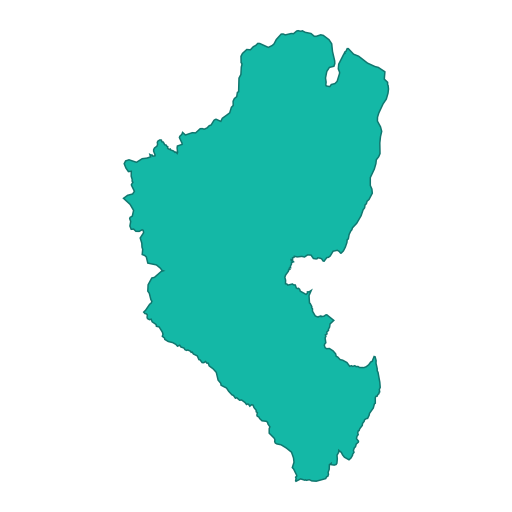 Piedecuesta, Santander, Colombia
{"feature_id": "7082276B40020724861964", "entity_name": "Piedecuesta", "entity_type": "district", "adm_level": 2, "iso_a3": "COL", "parent_name": "Colombia", "parent_adm1": "Santander", "projection": "robinson", "projection_center": [-73.001, 6.951], "detail": "fine", "context": "isolated", "style": "filled", "palette": "teal", "viewbox_px": 512, "rotation_deg": 0, "n_neighbors": 0, "source": "geoboundaries", "source_scale": "gbopen_adm2", "svg_char_len": 6055}
<svg xmlns="http://www.w3.org/2000/svg" viewBox="0 0 512 512"><path d="M296.1,478.5L295.6,480.8L296.0,481.3L300.6,478.9L304.9,480.2L305.5,479.8L306.4,480.3L309.3,479.7L311.8,480.9L316.3,481.2L325.7,478.6L326.6,476.8L327.8,476.3L328.5,474.3L328.1,472.4L329.2,469.3L329.4,464.6L331.1,463.4L330.9,464.6L334.2,465.1L336.1,464.5L336.9,463.2L337.3,458.9L337.0,455.2L338.7,452.3L338.8,450.3L341.4,452.5L342.5,454.8L344.4,457.2L349.0,459.8L350.9,458.1L352.5,455.4L352.6,454.3L354.0,452.3L353.4,450.5L354.3,447.9L355.5,446.7L356.2,444.1L358.3,442.2L358.5,441.2L356.5,438.7L356.9,436.4L358.2,434.6L357.7,432.9L358.3,430.8L359.1,430.6L359.7,428.8L362.3,425.4L362.5,423.5L364.1,421.4L364.6,419.7L366.1,418.7L367.6,418.4L369.1,415.3L369.5,413.4L373.3,408.0L374.4,403.9L375.3,403.2L375.3,397.6L376.0,396.3L377.1,396.2L377.8,394.5L378.9,393.7L379.1,392.2L379.7,391.9L379.3,389.5L380.2,387.4L379.8,382.2L378.0,372.3L377.2,370.8L377.2,368.7L376.0,363.2L376.1,360.5L375.1,356.8L374.1,356.5L372.2,361.3L370.7,362.0L368.7,364.8L366.1,366.8L363.9,367.6L359.5,367.5L358.0,366.5L356.0,366.6L354.8,365.7L352.7,366.4L351.4,365.7L349.7,366.3L346.9,362.5L342.7,360.2L340.1,359.6L337.7,357.0L336.2,356.3L335.6,353.8L333.1,350.9L329.4,348.5L326.6,348.7L325.1,347.7L324.3,345.3L324.9,343.6L325.8,342.8L325.1,337.9L325.9,336.3L325.4,334.9L327.0,333.9L326.7,332.1L328.5,330.4L328.4,329.3L329.6,327.1L330.0,324.0L333.8,320.4L326.8,314.8L325.6,315.0L324.1,316.2L321.5,316.6L320.9,315.9L320.3,316.5L319.3,316.3L318.1,317.1L315.3,316.0L312.5,311.2L312.5,308.8L311.6,307.5L311.8,306.6L310.2,303.5L309.5,303.0L309.0,295.6L311.2,290.5L309.2,291.8L307.4,291.9L307.4,293.3L306.0,294.4L300.2,291.1L299.7,289.4L298.5,288.3L297.6,288.6L296.3,288.0L295.3,285.0L293.4,284.8L292.5,284.0L287.8,285.1L287.0,284.1L285.5,283.7L285.6,280.2L284.8,277.3L285.7,274.9L288.4,271.2L288.5,270.0L289.7,269.4L289.2,268.9L289.5,267.9L290.6,267.8L290.4,266.2L291.5,264.1L291.5,262.6L293.5,261.8L292.7,261.0L291.3,260.7L291.1,259.6L292.6,259.9L292.5,257.8L294.0,257.4L294.3,256.3L297.3,256.9L301.8,256.4L304.5,257.0L307.6,254.9L311.0,255.1L313.4,258.5L316.0,258.9L317.0,258.8L317.8,257.8L320.2,258.2L321.6,258.8L323.1,261.0L324.1,261.2L326.8,257.6L328.5,257.3L330.2,256.0L333.1,251.2L337.3,250.3L339.1,251.3L340.6,253.1L341.2,253.1L343.4,250.9L345.3,247.2L346.9,242.6L347.2,239.7L348.3,238.9L349.1,234.5L350.7,231.1L351.9,229.7L352.4,227.9L356.7,223.3L361.1,215.7L363.1,209.8L364.6,207.8L365.0,205.0L366.4,203.7L367.0,201.3L369.0,199.5L372.3,193.2L371.9,189.1L370.3,185.5L370.3,177.6L374.3,169.1L375.9,163.6L376.3,159.8L378.7,156.7L380.0,153.6L379.8,142.9L380.5,136.5L381.7,131.4L380.5,126.8L377.4,121.1L377.5,117.2L378.8,113.0L383.1,103.8L386.3,99.1L388.0,93.2L388.5,89.0L388.1,85.5L387.6,84.7L387.6,82.3L384.3,79.1L384.9,71.8L378.3,67.4L375.1,66.6L367.5,63.1L358.6,56.2L353.6,54.2L348.3,48.6L347.2,48.6L346.0,51.3L345.1,51.7L344.5,52.8L344.9,53.4L343.9,53.9L338.7,64.2L338.3,68.9L339.6,72.2L339.5,73.7L337.1,81.4L334.9,83.6L331.3,84.5L329.8,86.6L326.3,86.0L325.8,84.9L326.1,82.1L325.5,78.0L326.8,71.4L329.4,67.4L333.9,66.3L334.8,63.6L334.7,61.0L332.5,51.5L331.7,43.8L329.0,39.7L323.3,35.4L320.7,34.8L316.3,36.3L314.3,36.3L311.0,33.5L305.1,32.3L302.4,30.8L300.9,31.3L298.1,30.7L296.7,31.0L293.5,33.7L291.3,33.5L285.3,34.9L283.2,34.0L281.2,34.1L276.3,39.5L274.0,43.9L272.2,45.5L268.3,47.4L259.8,43.5L257.8,43.4L255.8,45.4L253.3,46.7L250.4,49.8L246.8,49.5L242.5,53.4L241.0,56.3L241.1,62.6L241.8,63.4L241.9,64.8L241.3,67.0L240.9,74.5L239.0,78.1L238.6,91.7L237.4,92.4L236.7,96.7L234.4,98.5L233.1,101.2L233.2,105.5L231.4,107.3L229.7,112.9L222.3,118.3L220.8,121.4L216.2,119.3L215.4,119.4L214.0,120.3L211.1,125.0L209.2,125.7L207.1,127.9L204.2,129.2L202.4,128.6L200.2,128.7L195.6,132.9L192.3,132.7L185.4,135.0L182.6,132.4L181.8,134.4L179.8,136.3L179.4,137.6L182.0,143.1L182.1,144.4L177.4,146.0L177.1,147.9L177.6,152.5L177.2,153.5L175.8,152.0L175.0,152.4L173.5,151.0L170.6,149.9L170.2,149.0L169.4,149.4L168.0,148.6L167.6,148.2L167.8,146.8L166.7,146.2L166.3,145.2L164.7,144.7L163.3,142.1L161.8,141.7L161.4,140.1L159.9,139.9L158.0,141.0L157.3,142.3L157.6,144.4L156.9,146.2L154.5,148.0L153.7,149.5L153.6,151.1L155.1,155.0L155.0,155.8L152.9,156.2L152.1,155.0L150.8,155.0L149.9,154.5L150.4,156.5L151.3,156.6L147.0,158.1L142.2,158.7L136.5,162.3L129.0,159.8L125.6,160.9L124.2,163.7L125.9,168.0L128.4,171.6L131.3,171.3L131.2,176.2L132.2,179.5L132.1,181.1L132.9,182.3L131.4,184.6L131.5,185.3L134.4,191.3L132.6,194.0L127.6,195.3L123.5,198.3L130.1,204.4L133.6,210.4L132.3,216.1L130.1,217.4L129.7,218.6L130.7,221.5L129.9,226.0L131.2,229.3L133.6,229.1L135.9,231.3L139.2,231.4L142.1,229.8L143.2,230.4L143.6,232.7L140.2,238.0L141.8,243.2L142.0,247.2L142.7,249.3L142.2,254.5L144.7,255.5L146.3,256.9L147.8,263.1L156.4,264.9L160.4,268.2L161.9,270.3L163.2,270.8L161.3,271.4L154.4,277.4L151.8,278.0L148.1,284.8L147.8,291.1L149.3,293.3L150.9,299.7L151.9,301.3L151.1,303.2L149.7,304.2L145.7,310.1L143.7,312.1L145.0,313.6L146.4,313.8L147.3,314.9L147.1,317.4L147.5,318.6L149.5,319.7L151.1,319.2L152.2,321.8L156.1,324.5L156.4,326.3L159.1,326.9L162.3,332.0L163.0,334.2L162.3,336.3L164.5,338.0L164.8,339.4L168.2,341.5L172.7,342.6L175.9,344.4L177.5,346.2L179.7,345.2L180.9,347.0L183.9,348.0L185.0,349.7L186.6,350.4L187.8,350.0L190.4,351.2L191.2,352.4L192.2,352.1L193.4,354.0L197.3,355.9L198.9,359.6L200.0,359.8L202.1,362.6L203.8,362.7L205.5,361.5L206.8,363.1L208.2,363.2L209.2,365.9L213.2,368.9L216.3,372.4L218.1,380.1L220.7,383.2L221.1,385.3L226.5,388.0L228.6,391.2L232.0,394.9L233.4,395.4L235.4,398.2L236.7,397.7L239.6,400.2L241.6,400.0L245.0,402.5L246.5,404.5L247.7,404.0L248.6,404.3L249.8,406.2L251.6,404.7L253.1,405.2L254.0,407.6L256.2,410.3L256.2,411.8L257.4,412.6L256.9,415.1L257.2,416.1L259.0,417.2L259.6,418.5L262.0,420.8L266.3,421.3L267.7,422.5L267.9,423.9L269.9,426.8L269.2,428.7L269.2,433.2L274.2,438.2L274.9,439.7L274.7,441.6L275.3,443.0L276.8,443.9L281.1,444.8L286.3,448.0L291.5,452.2L293.5,457.9L294.0,462.2L292.3,467.6L293.6,469.0L296.6,475.1L296.8,476.0L295.6,477.2L296.1,478.5Z" fill="#14b8a6" stroke="#0f766e" stroke-width="1.5"/></svg>